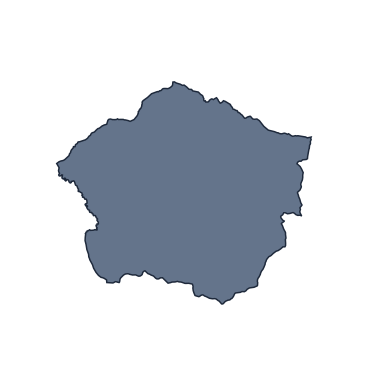 Soveja, Vrancea, Romania, rotated 228°
{"feature_id": "2599482B26543167890011", "entity_name": "Soveja", "entity_type": "district", "adm_level": 2, "iso_a3": "ROU", "parent_name": "Romania", "parent_adm1": "Vrancea", "projection": "equal_earth", "projection_center": [26.665, 46.015], "detail": "fine", "context": "isolated", "style": "filled", "palette": "slate", "viewbox_px": 384, "rotation_deg": 228, "n_neighbors": 0, "source": "geoboundaries", "source_scale": "gbopen_adm2", "svg_char_len": 6047}
<svg xmlns="http://www.w3.org/2000/svg" viewBox="0 0 384 384"><g transform="rotate(228 192 192)"><path d="M286.5,251.4L284.4,249.0L284.1,247.8L284.2,245.9L284.4,244.6L285.0,243.2L287.1,241.1L288.1,239.8L288.3,238.9L288.1,237.3L288.2,236.7L288.9,235.5L288.9,234.3L289.7,233.5L290.1,232.7L292.1,227.7L292.0,222.2L292.6,216.8L292.2,215.1L290.8,214.0L290.6,213.4L289.2,211.7L288.5,210.1L288.4,209.7L288.6,209.2L288.2,208.6L288.2,207.6L287.6,206.7L287.7,205.9L286.3,204.6L286.3,204.1L285.8,203.5L285.3,201.9L284.6,197.4L285.9,193.3L287.7,192.4L289.9,190.9L290.8,190.0L291.9,189.5L295.2,185.8L296.1,185.7L296.5,184.3L297.3,183.2L299.1,181.3L300.7,180.3L301.6,179.0L301.6,177.6L299.4,173.9L300.7,171.3L300.8,170.5L301.2,169.7L301.4,165.9L302.1,164.4L302.1,161.9L301.9,160.1L302.0,159.2L302.8,157.5L302.9,156.6L302.5,155.1L302.1,154.5L302.4,152.7L301.8,150.3L302.1,147.7L304.5,142.2L305.2,141.2L305.4,140.4L304.9,139.6L304.8,139.0L305.1,137.8L305.0,136.8L304.0,135.6L304.0,135.2L305.0,134.3L304.2,133.0L304.0,130.8L303.8,130.6L303.8,130.1L303.1,128.8L302.6,128.2L302.2,126.2L301.5,125.4L301.3,124.6L301.2,119.4L301.5,117.6L302.9,115.0L303.5,113.2L303.7,110.5L299.0,109.5L297.2,107.1L296.0,106.4L294.9,106.2L294.4,105.8L294.2,105.0L293.8,104.3L293.0,104.1L292.4,104.4L291.7,105.7L291.9,106.6L291.3,107.1L291.0,106.8L290.7,106.3L289.7,105.0L289.0,104.7L288.0,105.0L287.6,105.9L287.4,106.8L287.2,106.9L285.9,106.8L285.8,106.3L286.4,105.5L284.8,105.5L284.6,106.0L284.8,106.9L284.7,107.5L284.1,108.0L283.0,108.0L281.8,107.4L280.3,107.5L280.0,107.8L279.9,108.6L280.5,109.0L280.6,109.4L279.9,110.3L279.7,111.2L278.7,111.7L275.1,110.1L273.4,110.6L271.5,109.7L270.1,109.6L269.8,109.0L268.5,107.9L268.3,108.0L268.2,108.5L267.9,108.8L266.6,108.8L265.2,109.5L264.7,109.4L263.9,108.8L263.2,108.9L263.0,108.6L263.1,108.0L262.1,107.9L261.6,107.3L261.2,107.3L260.4,108.1L258.6,107.6L258.2,107.7L257.6,108.5L256.2,108.3L254.0,106.7L254.2,105.7L253.9,105.4L253.9,105.2L254.4,104.7L254.2,104.2L252.9,103.8L252.0,104.9L251.4,104.9L251.3,104.6L251.6,104.1L251.4,103.7L249.8,103.1L248.2,103.0L246.9,103.6L246.1,102.7L245.4,102.5L244.9,102.7L244.0,103.7L243.2,103.6L242.8,103.3L241.9,103.7L240.5,103.0L240.2,103.1L239.6,104.1L239.0,104.4L237.0,103.7L235.3,103.8L235.1,103.7L235.0,102.9L234.4,102.4L232.4,102.2L231.1,101.2L231.0,100.9L231.8,100.0L231.1,99.3L231.5,98.6L231.4,98.4L230.1,97.6L228.9,97.5L228.7,96.7L227.9,96.6L227.4,96.1L227.4,95.9L229.1,94.5L229.4,93.5L230.1,92.5L231.4,90.9L232.4,90.7L232.5,90.4L232.5,89.3L232.9,88.9L232.9,88.3L233.2,87.9L232.7,87.0L233.0,86.4L232.5,85.5L232.4,84.9L231.9,84.8L229.7,82.3L227.4,80.0L223.8,78.1L219.6,75.4L215.0,73.5L212.9,71.9L211.2,71.3L210.0,70.7L204.6,69.4L201.2,67.9L196.5,66.9L192.6,66.7L189.4,67.3L188.4,68.1L186.8,68.9L183.9,69.7L181.7,68.1L177.4,72.3L177.1,72.9L176.7,74.9L176.3,75.4L173.5,77.2L173.5,77.5L173.7,78.1L175.4,80.2L175.9,81.6L176.1,85.6L175.6,87.7L174.4,89.4L173.5,90.2L172.7,90.5L170.1,92.3L168.2,94.6L165.3,95.9L164.3,97.1L164.0,98.5L164.0,99.6L164.5,100.6L165.1,101.4L165.3,102.4L165.2,103.7L164.9,104.3L160.9,104.6L158.8,105.7L157.9,105.9L155.3,107.2L152.4,107.3L151.0,107.7L150.0,108.7L149.5,109.9L149.4,111.0L148.0,112.7L140.3,113.2L138.9,115.6L138.5,116.8L136.5,119.2L135.3,121.4L134.0,122.1L132.3,123.7L128.7,125.7L126.3,128.5L123.7,130.4L123.1,130.6L121.6,129.9L120.6,129.2L120.2,128.5L117.9,126.9L115.9,126.0L113.1,125.0L112.1,125.5L109.7,127.0L109.3,127.8L109.3,129.1L108.9,130.3L108.6,130.9L107.7,131.5L106.4,131.7L104.7,132.6L101.3,133.9L98.9,135.8L97.6,137.5L96.6,138.2L95.5,138.5L93.7,138.8L92.7,139.2L89.2,139.1L88.7,139.3L88.3,140.0L88.1,140.6L88.4,143.0L88.2,144.4L87.5,146.4L86.5,147.9L86.5,149.6L86.2,150.4L86.6,152.7L87.9,155.8L87.9,156.4L87.7,157.0L85.0,160.9L84.7,162.3L83.8,163.4L83.0,164.0L82.8,164.5L82.5,166.1L82.8,167.8L82.3,170.5L79.7,174.3L78.6,177.6L78.9,178.4L80.0,179.4L80.4,180.0L81.9,180.8L83.0,182.0L83.7,183.4L84.0,184.9L85.1,187.7L86.0,189.0L86.8,191.1L87.1,193.0L88.1,195.4L89.4,198.0L90.4,199.1L91.0,200.7L91.7,201.8L92.1,203.2L92.5,205.9L92.1,207.2L91.9,208.3L92.0,211.3L91.7,214.9L90.8,216.9L90.4,219.8L90.4,222.8L89.1,224.4L89.3,225.0L89.6,225.7L91.3,227.3L94.2,229.6L94.9,231.0L98.3,233.4L98.9,234.1L100.1,234.6L103.0,235.3L106.8,236.8L108.6,237.1L108.8,238.0L108.5,240.7L108.7,241.1L110.3,240.6L113.1,240.8L114.2,241.3L114.6,241.8L114.4,244.3L115.2,246.3L114.2,247.4L111.9,248.4L110.5,250.5L109.4,252.9L108.9,253.5L107.3,253.9L105.5,254.1L104.4,254.7L103.8,255.0L102.8,256.4L101.2,257.4L101.3,257.6L104.1,258.3L105.3,259.0L106.7,261.1L107.5,261.3L108.1,261.7L108.5,264.1L108.6,264.8L108.9,265.1L111.2,265.6L114.6,267.3L117.6,268.3L118.2,268.8L120.6,269.7L121.2,270.3L121.2,273.5L122.3,276.1L122.9,276.9L124.6,277.7L125.2,278.3L125.7,279.0L127.2,282.2L128.8,284.1L130.6,285.7L132.0,287.6L135.8,288.8L138.6,289.4L142.7,288.9L143.4,290.3L143.3,291.8L142.9,292.7L141.9,293.6L141.9,295.7L139.7,298.7L139.5,300.1L141.1,301.8L145.4,307.3L145.9,308.3L148.0,310.6L148.6,312.3L150.4,313.8L151.2,315.6L152.5,316.2L153.1,317.3L155.1,313.9L156.9,313.2L163.0,308.3L163.6,307.3L164.6,306.6L166.0,304.1L168.2,303.2L169.5,303.1L170.8,302.6L171.0,301.5L172.8,300.8L174.0,299.9L175.2,297.6L175.9,296.9L177.0,296.1L178.4,295.6L179.1,294.9L181.6,293.7L186.9,290.1L192.7,289.3L199.9,289.8L202.8,289.1L204.3,287.0L205.5,286.1L206.5,286.0L209.1,286.1L209.8,285.3L209.9,284.6L210.3,284.3L210.8,282.5L210.9,281.3L211.7,280.4L215.7,280.7L217.1,280.3L218.0,280.4L219.8,280.0L220.2,279.5L222.3,280.0L223.6,279.0L224.8,278.9L225.9,278.0L226.2,277.9L227.8,278.5L230.9,278.7L231.3,279.1L237.2,277.3L238.8,276.4L238.6,275.3L238.6,274.0L239.1,272.4L242.0,272.6L242.9,273.0L245.6,273.3L246.0,272.1L246.4,269.7L247.7,269.2L248.2,268.6L248.5,266.4L248.1,265.2L248.2,264.1L249.6,262.5L250.8,262.9L251.0,262.9L251.2,262.2L251.8,262.0L252.6,262.3L253.5,263.3L254.8,263.6L255.9,264.2L257.1,264.2L258.8,263.7L262.0,263.6L266.6,260.2L268.5,260.3L270.4,258.5L273.7,258.3L276.7,257.7L277.7,256.2L280.0,255.4L283.4,253.3L285.6,252.6L286.5,251.4Z" fill="#64748b" stroke="#1e293b" stroke-width="1.5"/></g></svg>